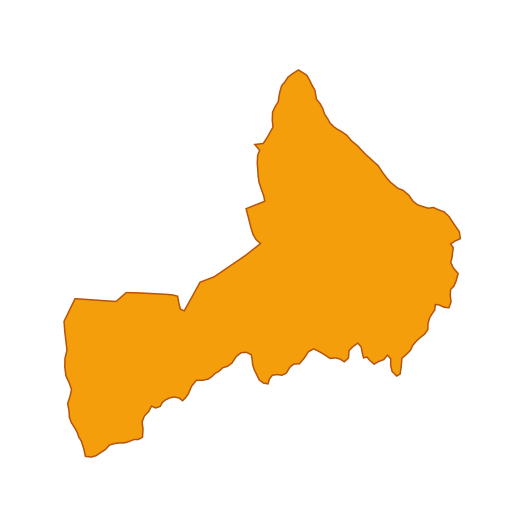 the district of São José do Jacuípe, Bahia, Brazil, rotated 353°
{"feature_id": "56859067B82221409109894", "entity_name": "São José do Jacuípe", "entity_type": "district", "adm_level": 2, "iso_a3": "BRA", "parent_name": "Brazil", "parent_adm1": "Bahia", "projection": "equal_earth", "projection_center": [-39.906, -11.422], "detail": "fine", "context": "isolated", "style": "filled", "palette": "amber", "viewbox_px": 512, "rotation_deg": 353, "n_neighbors": 0, "source": "geoboundaries", "source_scale": "gbopen_adm2", "svg_char_len": 2737}
<svg xmlns="http://www.w3.org/2000/svg" viewBox="0 0 512 512"><g transform="rotate(353 256 256)"><path d="M286.0,368.2L291.2,363.5L296.3,357.5L301.8,355.2L305.6,357.5L311.4,361.8L317.1,366.7L322.5,366.8L327.0,368.6L330.7,371.8L335.3,368.6L336.8,361.3L341.1,357.8L346.5,354.9L349.3,359.1L349.7,365.2L350.3,370.2L353.9,369.9L356.3,373.6L360.1,377.8L364.5,375.8L370.2,374.4L374.4,370.4L377.2,374.6L376.3,381.0L377.0,387.2L381.0,392.3L384.7,390.7L386.7,383.1L388.4,375.2L393.6,371.8L397.8,368.4L400.6,363.9L405.6,359.3L410.2,356.3L413.8,354.1L417.6,349.9L418.5,343.9L420.9,338.3L423.7,334.9L426.8,331.4L428.1,326.0L431.7,326.8L436.2,329.7L441.2,330.9L444.0,325.2L444.0,318.6L445.1,312.9L448.7,310.1L451.4,305.5L454.5,298.1L450.2,291.5L448.5,285.9L450.4,281.5L451.6,276.3L452.9,271.8L450.6,267.8L455.3,265.4L460.9,263.7L460.8,256.8L455.1,245.9L452.5,240.5L448.1,235.1L442.6,232.3L437.9,229.4L433.0,229.6L428.3,227.6L422.6,224.9L418.3,220.5L415.1,214.3L410.1,208.8L405.0,206.0L398.6,199.4L395.3,194.6L391.5,187.9L388.2,181.2L384.5,177.0L381.6,173.5L377.5,168.9L373.5,163.6L370.3,159.1L364.8,153.3L360.8,147.2L356.4,143.2L352.3,140.2L348.9,137.2L345.6,132.8L343.9,128.6L341.3,123.3L340.3,118.0L338.2,112.6L335.1,107.8L334.7,98.8L332.3,93.0L330.7,88.3L328.4,82.7L324.5,79.5L320.8,76.5L314.9,79.3L309.4,82.5L305.9,86.7L302.2,90.1L300.1,94.9L298.2,100.4L296.9,105.6L293.4,109.8L290.0,115.1L288.7,123.0L288.6,130.1L286.0,133.6L282.4,138.6L276.9,145.2L272.4,145.2L268.4,145.2L272.5,151.4L269.9,156.3L268.6,163.6L267.9,177.0L268.0,183.3L269.5,190.6L271.1,197.8L271.3,202.7L251.9,207.9L253.1,216.7L254.0,224.1L254.7,229.1L255.8,234.6L258.2,239.9L262.0,244.2L245.7,254.1L212.0,271.5L197.3,275.2L178.1,301.7L174.5,299.5L173.7,293.4L173.3,286.4L169.2,284.7L163.7,283.4L136.2,278.5L122.8,276.5L111.5,284.1L71.2,276.3L57.5,297.5L57.0,307.6L56.9,326.5L53.9,334.4L52.7,342.6L52.7,351.8L55.3,359.7L56.6,366.2L54.4,372.3L51.1,379.6L51.5,387.3L51.1,393.4L52.4,398.8L55.0,404.2L57.0,409.2L58.0,413.9L60.1,418.6L61.5,426.0L62.3,434.1L68.1,435.5L72.9,434.7L77.1,432.6L83.0,429.7L87.5,425.8L93.0,424.9L98.4,424.9L102.2,425.5L107.2,424.7L112.5,423.3L116.8,423.8L121.3,422.0L122.8,413.6L122.7,407.0L125.6,401.3L130.5,397.3L134.0,392.3L137.8,394.6L142.6,393.6L145.2,390.0L148.4,387.9L153.4,386.2L157.9,386.0L162.2,387.5L165.5,390.7L168.8,388.1L172.1,384.5L176.1,377.5L181.7,372.1L187.8,372.9L193.7,372.3L197.6,370.2L201.2,367.5L205.4,365.7L209.5,362.8L214.4,362.0L219.1,359.3L224.2,353.3L229.3,350.2L234.7,350.4L239.2,353.3L239.6,358.3L239.4,363.3L240.4,368.6L242.5,374.6L244.1,379.4L248.0,383.1L252.3,384.4L254.4,379.6L257.8,376.3L262.7,376.3L267.2,377.5L271.7,376.0L276.2,370.4L280.3,367.9L286.0,368.2Z" fill="#f59e0b" stroke="#b45309" stroke-width="1.5"/></g></svg>